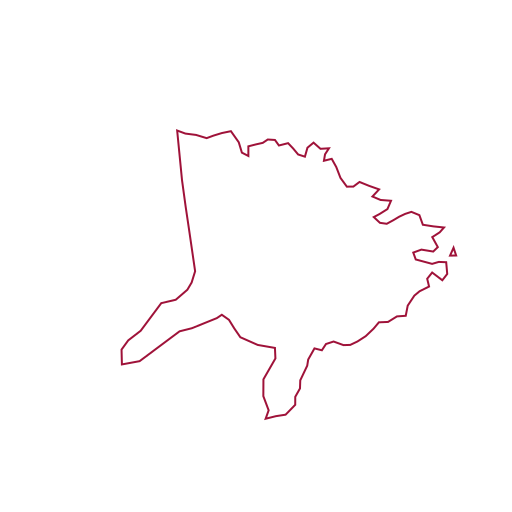 outline of São Valério do Sul, Rio Grande do Sul, Brazil, rotated 146°
{"feature_id": "56859067B99294936574349", "entity_name": "São Valério do Sul", "entity_type": "district", "adm_level": 2, "iso_a3": "BRA", "parent_name": "Brazil", "parent_adm1": "Rio Grande do Sul", "projection": "orthographic", "projection_center": [-53.922, -27.829], "detail": "fine", "context": "isolated", "style": "outline", "palette": "rose", "viewbox_px": 512, "rotation_deg": 146, "n_neighbors": 0, "source": "geoboundaries", "source_scale": "gbopen_adm2", "svg_char_len": 1610}
<svg xmlns="http://www.w3.org/2000/svg" viewBox="0 0 512 512"><g transform="rotate(146 256 256)"><path d="M116.7,242.4L123.0,250.9L128.8,259.5L136.5,259.1L141.9,262.7L142.3,273.5L139.7,284.9L138.9,294.2L146.4,297.0L141.9,301.7L135.3,304.5L142.6,308.8L144.9,317.8L152.8,317.0L159.9,311.0L164.3,316.6L165.1,324.5L166.3,331.6L175.2,334.8L175.4,341.6L181.1,346.0L187.1,346.0L193.5,348.5L201.0,351.2L206.4,343.2L209.9,349.6L206.7,359.9L207.0,373.5L215.5,377.0L224.0,379.6L231.0,381.3L238.0,389.9L246.1,397.0L251.2,404.1L274.9,360.3L286.9,335.9L296.7,315.4L315.0,277.4L324.2,270.0L331.8,266.4L347.0,264.6L360.9,269.9L393.4,258.5L409.1,257.5L419.8,253.6L427.8,241.1L411.3,233.9L361.5,236.3L349.6,232.0L323.2,226.4L317.2,226.4L314.1,218.2L314.5,208.2L314.4,197.4L304.3,181.3L291.7,169.2L297.2,160.2L318.8,149.6L328.3,135.7L331.8,121.0L339.0,115.7L329.1,112.1L320.2,107.9L306.7,110.7L302.2,117.3L293.6,121.6L288.8,128.2L274.9,136.4L270.6,141.0L259.2,146.7L254.1,141.0L247.2,143.9L239.5,141.7L233.3,133.2L227.6,129.6L219.7,128.4L209.9,128.2L199.2,130.0L191.2,132.3L183.4,127.5L172.9,127.1L165.3,122.7L158.0,130.0L146.9,134.6L140.1,135.3L129.6,133.9L126.8,141.4L119.2,143.8L115.1,131.7L107.5,134.2L101.8,144.5L107.8,148.9L114.4,151.0L125.5,163.8L123.7,170.9L115.3,168.8L106.6,160.6L100.3,161.7L99.3,173.1L90.5,172.9L84.2,174.5L92.3,181.3L100.2,188.6L97.7,198.5L102.5,205.7L108.8,207.5L115.3,208.5L122.3,208.9L129.6,209.6L134.7,214.2L136.6,222.4L130.0,221.7L120.8,221.4L113.2,226.3L121.4,232.8L126.2,240.2L116.7,242.4ZM94.9,147.8L89.8,144.5L87.6,152.4L94.9,147.8Z" fill="none" stroke="#9f1239" stroke-width="2"/></g></svg>